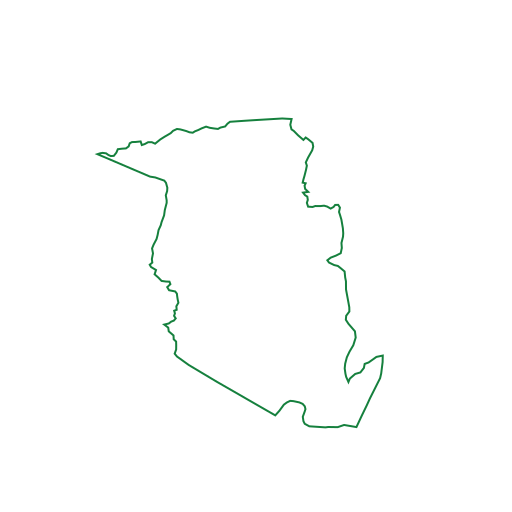 São Francisco do Brejão, Maranhão, Brazil, rotated 220°
{"feature_id": "56859067B51187735932804", "entity_name": "São Francisco do Brejão", "entity_type": "district", "adm_level": 2, "iso_a3": "BRA", "parent_name": "Brazil", "parent_adm1": "Maranhão", "projection": "mercator", "projection_center": [-47.336, -5.17], "detail": "fine", "context": "isolated", "style": "outline", "palette": "green", "viewbox_px": 512, "rotation_deg": 220, "n_neighbors": 0, "source": "geoboundaries", "source_scale": "gbopen_adm2", "svg_char_len": 2720}
<svg xmlns="http://www.w3.org/2000/svg" viewBox="0 0 512 512"><g transform="rotate(220 256 256)"><path d="M69.1,189.5L72.4,201.9L75.1,212.6L77.2,220.2L82.4,242.2L84.6,246.5L90.8,256.1L94.9,261.2L98.9,256.1L101.3,246.8L103.4,243.2L101.4,239.6L101.2,233.9L104.2,229.4L105.3,222.4L104.2,218.9L109.3,221.4L111.8,223.3L115.8,226.9L118.5,230.9L121.3,236.8L122.9,242.9L124.1,250.2L127.2,257.6L131.8,261.9L141.6,263.5L146.2,264.9L148.5,268.2L148.8,273.5L151.6,276.7L155.8,280.2L165.5,288.2L170.8,294.4L173.9,296.9L178.2,301.1L183.5,301.1L186.9,301.0L190.3,299.3L195.9,297.9L198.6,298.6L197.7,302.8L195.0,307.7L192.9,312.6L195.4,317.3L198.9,320.9L201.8,326.8L203.8,329.5L207.3,333.1L213.9,338.7L217.8,341.3L220.7,343.1L222.8,347.0L225.9,348.0L228.2,346.0L228.1,343.4L229.3,340.3L233.3,339.6L236.2,338.3L239.0,335.4L242.7,332.4L244.2,329.9L247.8,327.3L251.2,329.4L252.4,332.3L254.9,334.5L257.5,334.1L260.7,334.8L257.2,338.7L261.5,339.0L264.0,341.1L264.7,343.6L267.4,342.2L268.9,345.2L270.3,348.4L273.0,354.0L275.1,357.9L278.0,359.7L279.4,365.0L280.9,373.1L282.5,376.6L285.4,379.0L290.9,379.0L294.1,378.7L294.3,375.4L301.3,375.5L307.5,376.1L310.2,375.8L314.1,378.6L316.8,383.8L324.3,378.2L342.7,360.8L346.8,356.9L351.3,352.6L362.2,342.1L362.9,339.0L362.9,335.4L365.8,331.5L366.8,328.9L370.0,326.8L373.8,324.5L377.4,323.0L379.7,318.8L381.2,315.4L382.9,312.3L383.7,309.8L386.5,308.0L389.7,306.9L392.6,305.6L395.4,304.3L398.2,302.5L400.0,298.6L400.3,295.3L401.6,291.6L402.6,288.9L404.2,283.9L405.5,277.2L409.0,276.2L411.8,273.8L413.2,270.2L414.8,267.6L418.0,269.6L421.8,265.7L424.2,263.6L425.2,261.2L424.0,258.1L424.8,254.8L427.6,252.1L430.5,249.0L429.4,245.4L429.3,241.3L431.5,239.2L434.0,238.5L436.8,238.3L439.8,236.4L441.4,234.5L442.9,232.1L388.2,248.7L383.7,251.4L374.7,254.8L372.0,254.2L367.8,251.3L365.8,248.6L364.1,244.5L360.3,241.3L358.6,239.3L355.4,232.6L352.5,228.0L350.1,221.2L348.7,218.3L347.3,213.2L344.9,208.9L343.1,205.1L341.8,199.1L340.5,195.0L336.6,191.8L333.8,186.7L331.2,184.3L331.8,181.0L329.3,180.1L323.6,181.0L321.9,176.8L316.9,176.7L312.3,176.2L308.5,178.6L305.8,180.7L303.5,179.4L304.0,175.1L300.6,173.9L295.1,176.9L292.4,176.3L290.5,174.5L288.1,172.4L285.4,170.3L284.7,166.3L282.2,163.8L283.5,161.5L281.2,159.9L280.3,157.5L277.4,156.6L277.4,153.7L278.8,151.2L279.4,148.3L282.2,144.5L277.2,144.7L274.4,142.2L268.1,142.1L265.5,139.3L262.2,139.1L259.9,136.5L257.1,133.1L255.5,128.9L251.9,128.2L237.3,129.3L205.0,134.5L138.8,146.3L138.6,152.6L139.1,160.0L138.2,163.7L136.7,167.0L134.0,168.9L128.7,171.7L125.2,172.7L122.0,172.2L119.7,170.5L118.7,168.1L116.8,162.9L113.4,159.9L110.8,158.8L105.7,159.8L92.6,169.4L90.8,171.4L83.4,177.4L79.9,183.2L69.1,189.5Z" fill="none" stroke="#15803d" stroke-width="2"/></g></svg>